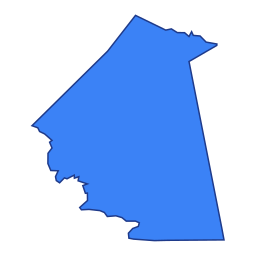 Polk, Texas, United States of America
{"feature_id": "52423323B71522839301040", "entity_name": "Polk", "entity_type": "district", "adm_level": 2, "iso_a3": "USA", "parent_name": "United States of America", "parent_adm1": "Texas", "projection": "robinson", "projection_center": [-94.922, 30.818], "detail": "fine", "context": "isolated", "style": "filled", "palette": "blue", "viewbox_px": 256, "rotation_deg": 0, "n_neighbors": 0, "source": "geoboundaries", "source_scale": "gbopen_adm2", "svg_char_len": 808}
<svg xmlns="http://www.w3.org/2000/svg" viewBox="0 0 256 256"><path d="M32.0,125.7L37.8,127.8L39.6,131.5L44.6,133.9L52.0,140.4L49.6,142.2L52.0,148.0L48.0,153.3L47.9,163.6L50.8,170.5L58.2,170.8L55.5,176.7L56.3,180.6L59.6,182.8L64.4,177.9L67.0,178.8L74.2,175.1L74.4,178.2L78.8,176.7L78.1,180.8L87.3,183.9L82.8,185.6L85.4,193.3L87.4,193.1L87.5,200.5L79.7,207.5L81.4,209.8L89.0,209.4L99.9,210.6L104.4,212.5L107.3,216.5L115.9,215.8L122.0,217.6L126.2,221.1L135.5,221.1L139.3,222.8L138.3,226.4L132.7,228.5L128.4,233.2L128.9,238.2L133.6,239.1L154.5,240.6L167.5,240.3L224.0,239.9L221.7,227.6L189.0,61.5L216.8,45.4L216.9,44.0L206.1,42.1L200.1,36.0L193.3,35.4L191.6,31.7L189.0,36.5L184.6,32.7L177.3,32.6L171.4,28.9L165.7,30.1L135.5,15.4L107.6,51.2L32.0,125.7Z" fill="#3b82f6" stroke="#1e3a8a" stroke-width="1.5"/></svg>